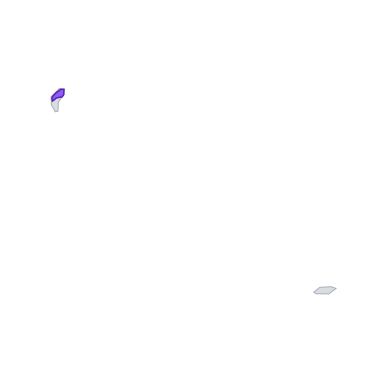 Sigave on a map of Wallis and Futuna (Equal Earth projection), rotated 70°
{"feature_id": "WLF-4995", "entity_name": "Sigave", "entity_type": "state/province", "adm_level": 1, "iso_a3": "WLF", "parent_name": "Wallis and Futuna", "parent_adm1": "", "projection": "equal_earth", "projection_center": [-178.148, -14.273], "detail": "fine", "context": "in_parent", "style": "filled", "palette": "violet", "viewbox_px": 384, "rotation_deg": 70, "n_neighbors": 0, "source": "natural_earth", "source_scale": "10m", "svg_char_len": 545}
<svg xmlns="http://www.w3.org/2000/svg" viewBox="0 0 384 384"><g transform="rotate(70 192 192)"><path d="M69.8,293.1L62.0,294.3L54.4,291.9L49.4,281.4L51.7,277.0L56.6,279.1L61.7,286.8L70.2,290.3L69.8,293.1ZM330.0,110.3L327.8,111.8L325.3,104.5L328.6,93.6L331.9,89.7L334.6,98.3L330.0,110.3Z" fill="#d9dde1" stroke="#a8b0b8" stroke-width="1"/><path d="M58.8,292.1L56.0,291.6L54.6,290.6L52.1,285.4L50.6,280.1L51.7,277.2L56.6,279.2L58.2,281.5L57.6,284.9L57.3,287.7L58.3,290.0L58.8,292.1Z" fill="#8b5cf6" stroke="#5b21b6" stroke-width="1.5"/></g></svg>